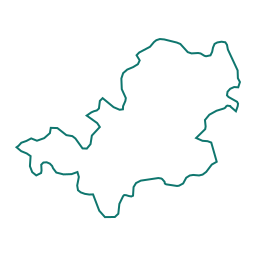 the border of Asti, rotated 91°
{"feature_id": "ITA-5440", "entity_name": "Asti", "entity_type": "Province", "adm_level": 1, "iso_a3": "ITA", "parent_name": "Italy", "parent_adm1": "", "projection": "robinson", "projection_center": [8.197, 44.827], "detail": "fine", "context": "isolated", "style": "outline", "palette": "teal", "viewbox_px": 256, "rotation_deg": 91, "n_neighbors": 0, "source": "natural_earth", "source_scale": "10m", "svg_char_len": 1888}
<svg xmlns="http://www.w3.org/2000/svg" viewBox="0 0 256 256"><g transform="rotate(91 128 128)"><path d="M78.6,135.5L73.2,133.8L69.6,129.8L67.0,123.9L64.0,119.2L60.2,117.5L55.1,120.7L52.3,118.1L46.4,107.4L41.6,103.5L39.7,101.2L38.5,97.7L38.8,93.4L41.7,80.7L43.1,77.1L51.1,69.6L52.3,65.8L51.8,59.2L52.2,56.7L54.5,52.8L54.9,51.2L53.9,46.8L50.4,45.2L46.1,44.4L42.4,42.9L40.9,40.2L40.1,36.0L40.6,32.2L43.1,30.5L47.8,29.5L68.5,19.4L76.3,19.0L80.1,16.9L85.4,18.5L85.2,22.6L87.0,26.5L90.0,29.1L93.6,29.6L95.2,28.1L99.9,19.4L101.7,18.4L104.3,18.7L109.4,20.4L104.9,25.8L104.3,26.1L103.9,29.1L104.7,30.3L105.9,31.0L106.8,32.4L109.2,39.8L113.3,46.9L118.7,51.2L125.1,50.4L127.8,50.8L136.8,59.7L139.5,53.3L139.8,48.2L141.1,44.5L160.2,38.7L163.1,43.6L170.5,49.0L173.3,52.6L174.2,56.1L173.8,62.0L174.4,65.4L176.7,68.9L182.5,71.9L184.8,76.0L185.1,78.0L183.7,88.6L183.4,89.5L183.1,89.8L182.8,90.2L182.5,90.3L181.7,90.4L181.4,90.4L180.9,90.7L178.4,93.0L177.9,93.9L177.5,96.8L180.4,114.3L182.9,119.0L187.0,121.4L195.6,121.8L196.4,123.5L196.0,126.0L195.2,128.7L195.1,130.6L196.2,131.7L204.0,135.3L213.9,136.2L217.2,139.6L217.5,149.5L211.2,155.3L195.0,161.8L195.2,165.6L194.6,170.0L193.2,174.1L191.1,176.9L186.4,177.8L177.8,176.3L172.9,177.8L175.1,183.6L175.5,191.7L173.8,198.9L169.6,202.2L167.3,203.2L165.0,205.5L163.7,208.7L164.0,212.0L166.2,214.1L172.1,213.7L174.5,214.1L177.0,218.9L173.8,223.0L167.9,225.4L157.8,224.9L155.2,228.8L153.0,234.4L149.2,239.1L147.7,237.1L144.6,234.4L142.7,229.3L140.1,224.6L142.3,218.8L139.6,211.6L134.5,206.0L129.2,205.2L129.3,198.6L136.2,189.5L137.1,183.5L139.4,180.4L149.2,173.1L149.3,168.8L144.8,165.2L136.2,164.0L127.5,156.2L123.6,158.9L116.3,169.5L113.0,164.9L111.8,162.3L111.0,159.5L109.0,157.4L101.4,156.6L98.6,153.9L107.4,142.8L109.9,136.7L109.4,133.4L106.3,133.3L101.0,131.1L98.1,130.7L89.3,134.9L78.6,135.5Z" fill="none" stroke="#0f766e" stroke-width="2"/></g></svg>